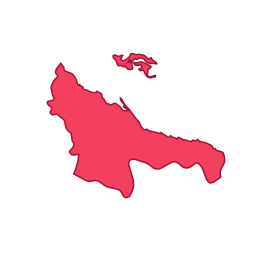 the Region of Jizan, rotated 150°
{"feature_id": "SAU-887", "entity_name": "Jizan", "entity_type": "Region", "adm_level": 1, "iso_a3": "SAU", "parent_name": "Saudi Arabia", "parent_adm1": "", "projection": "robinson", "projection_center": [42.341, 17.347], "detail": "fine", "context": "isolated", "style": "filled", "palette": "rose", "viewbox_px": 256, "rotation_deg": 150, "n_neighbors": 0, "source": "natural_earth", "source_scale": "10m", "svg_char_len": 4240}
<svg xmlns="http://www.w3.org/2000/svg" viewBox="0 0 256 256"><g transform="rotate(150 128 128)"><path d="M185.5,188.8L185.6,189.0L185.1,190.7L183.7,191.0L180.5,189.9L178.5,189.5L177.5,190.0L177.1,191.2L177.0,193.2L176.6,194.9L174.6,200.9L173.6,202.5L171.8,203.9L168.3,206.2L167.2,206.7L164.0,207.3L163.2,207.7L162.9,208.9L163.1,210.3L163.2,211.8L162.5,213.3L160.4,214.9L157.6,216.2L153.8,217.7L153.7,217.4L153.7,214.1L153.1,213.1L154.2,210.2L153.7,208.4L149.8,203.6L148.9,201.5L148.6,199.7L148.7,195.7L149.6,191.8L149.6,190.1L148.1,189.7L148.7,189.0L147.7,188.0L146.9,186.6L146.7,185.3L147.6,184.6L147.1,183.7L144.9,181.5L144.3,180.8L143.3,179.2L141.4,176.8L140.9,176.4L138.3,174.9L137.5,174.8L136.6,175.3L133.9,171.1L135.0,167.0L134.5,165.5L134.5,161.0L134.1,159.5L133.3,158.9L132.6,158.5L132.2,157.3L131.6,156.5L130.1,156.3L128.5,156.4L127.3,156.3L126.4,155.4L125.6,153.9L124.6,151.3L124.2,150.0L123.8,146.8L123.4,145.5L122.7,144.8L119.1,143.1L119.3,144.7L119.9,146.1L121.3,148.7L119.6,149.9L120.5,155.9L119.6,157.6L119.1,155.7L119.1,149.4L118.7,147.5L117.7,143.9L116.3,131.4L115.8,129.2L115.4,127.6L115.9,123.0L115.8,121.1L115.2,119.0L114.7,118.2L113.9,117.8L113.1,117.8L112.4,117.6L112.0,117.1L111.9,116.3L111.4,115.3L102.8,107.1L102.0,106.9L101.8,107.4L101.3,106.6L100.4,104.6L98.8,102.2L98.3,100.6L98.0,99.9L97.4,99.6L95.6,100.0L94.8,99.8L94.4,98.7L94.0,97.9L90.6,93.9L90.4,94.1L89.9,94.4L89.3,94.6L88.9,94.6L88.1,93.7L85.7,89.8L84.8,89.4L80.1,84.5L78.4,85.2L75.4,82.9L73.5,83.3L72.8,80.8L71.4,79.3L69.7,78.0L68.1,76.3L64.7,71.6L64.2,70.0L64.3,68.9L64.6,67.8L64.4,67.1L63.4,66.8L62.8,66.6L62.7,65.9L62.8,65.1L62.6,64.4L59.3,61.1L58.0,59.1L58.8,57.4L58.3,56.8L59.8,53.0L60.6,51.4L61.9,49.9L63.4,48.7L68.3,45.7L69.8,44.1L70.8,42.7L72.2,39.1L81.2,38.3L84.4,39.3L85.2,40.7L85.5,42.4L85.6,44.3L83.9,55.3L83.8,57.4L84.0,59.5L84.7,62.0L86.0,63.4L87.5,63.8L92.9,63.0L94.6,63.2L96.5,63.7L98.6,65.1L99.8,66.5L100.4,67.5L101.4,70.8L102.2,72.7L103.9,75.0L105.6,76.0L107.4,76.5L120.0,76.7L121.9,77.2L124.2,78.5L125.7,80.2L126.7,82.2L127.3,84.1L128.3,86.2L129.6,88.5L137.1,96.9L139.1,98.4L140.9,99.1L142.5,99.1L144.0,98.5L145.1,97.1L145.8,95.4L149.5,80.2L151.2,76.5L152.3,74.8L153.7,73.2L157.1,70.4L160.8,68.1L161.5,68.0L164.6,68.6L165.6,70.0L166.0,71.8L165.8,75.6L166.3,77.8L167.6,80.2L173.7,85.7L175.8,87.9L176.9,89.8L179.5,95.6L180.7,97.4L182.2,98.7L188.3,101.1L189.9,102.6L191.3,104.5L198.0,115.5L194.8,117.7L187.9,124.3L184.0,129.5L183.8,129.9L188.4,131.6L190.0,132.9L190.8,134.9L190.5,136.7L188.7,137.7L186.9,138.1L184.8,139.1L183.1,140.6L182.6,142.4L182.7,144.5L182.2,146.4L180.6,150.0L180.1,151.9L180.4,153.4L181.1,154.9L181.5,157.0L181.5,159.0L181.2,160.7L179.9,164.3L179.3,166.6L179.7,168.1L181.3,171.7L182.3,175.1L183.2,175.9L186.2,176.8L187.0,177.5L187.6,178.5L187.7,179.7L187.4,180.7L186.8,181.2L186.0,181.5L185.3,182.1L184.1,184.0L184.3,185.3L185.1,186.7L185.5,188.8ZM105.4,186.9L105.4,188.2L105.2,189.9L104.6,191.9L104.8,193.4L105.6,196.1L104.8,198.0L103.0,198.0L100.7,195.0L98.9,194.3L97.2,194.2L96.4,193.3L98.6,192.3L99.9,191.1L99.4,189.2L97.4,188.0L95.3,188.4L93.0,188.6L91.3,189.0L89.8,190.0L88.5,190.8L86.9,190.2L85.1,188.3L83.8,187.0L82.0,186.5L79.9,184.8L77.9,183.1L77.0,181.2L76.5,178.4L75.1,177.3L73.7,177.3L72.7,177.1L72.9,176.5L72.8,174.5L71.7,172.8L70.9,171.0L71.0,169.4L72.2,169.8L72.6,170.5L73.6,171.3L76.7,172.9L78.4,175.0L79.3,176.3L79.6,178.5L79.5,179.6L81.0,181.4L82.4,182.7L82.9,183.1L85.8,182.7L86.8,184.4L88.4,184.5L90.0,183.9L91.4,183.8L92.3,184.9L92.3,186.0L93.3,186.0L95.7,184.8L93.4,184.3L92.2,182.3L93.2,180.6L93.8,178.0L94.3,177.1L95.5,176.9L96.0,177.2L96.6,177.4L98.8,179.0L98.9,180.5L100.0,182.4L99.8,183.4L101.8,183.7L102.3,185.5L105.4,186.9ZM84.0,179.1L82.8,178.0L81.6,176.3L79.6,173.5L77.9,170.9L77.3,169.8L78.2,168.9L80.1,168.8L81.5,168.3L82.6,167.4L83.4,165.7L84.2,165.8L84.3,165.8L84.8,164.0L84.2,161.8L83.1,161.3L82.0,160.7L81.0,160.6L79.2,160.2L78.2,160.1L78.0,159.7L78.6,159.0L79.4,158.6L79.6,159.4L82.1,159.7L84.2,160.6L85.5,162.4L85.6,162.7L86.1,165.2L86.1,166.9L85.7,168.9L86.0,170.6L88.6,171.3L89.3,173.3L86.0,173.4L85.1,174.7L85.5,176.3L87.5,177.0L88.6,177.8L90.1,178.5L90.7,180.8L90.6,181.8L88.3,180.3L85.4,179.3L84.0,179.1Z" fill="#f43f5e" stroke="#9f1239" stroke-width="1.5"/></g></svg>